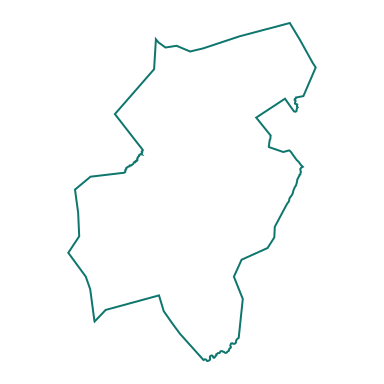 outline of Xotont, Arhangay, Mongolia
{"feature_id": "93677404B64781784389022", "entity_name": "Xotont", "entity_type": "district", "adm_level": 2, "iso_a3": "MNG", "parent_name": "Mongolia", "parent_adm1": "Arhangay", "projection": "mercator", "projection_center": [102.447, 47.245], "detail": "fine", "context": "isolated", "style": "outline", "palette": "teal", "viewbox_px": 384, "rotation_deg": 0, "n_neighbors": 0, "source": "geoboundaries", "source_scale": "gbopen_adm2", "svg_char_len": 4008}
<svg xmlns="http://www.w3.org/2000/svg" viewBox="0 0 384 384"><path d="M203.5,360.0L203.9,359.8L204.2,359.6L204.6,359.4L205.0,359.3L205.4,359.4L205.8,359.5L206.3,359.9L206.8,360.6L207.1,361.0L207.9,360.9L208.7,360.7L209.7,360.0L210.0,359.5L210.1,358.9L209.9,357.8L209.9,356.9L210.1,356.3L210.6,355.9L211.2,355.6L211.9,355.5L212.5,355.8L212.8,356.2L213.0,356.7L213.3,357.3L213.6,357.7L213.9,357.8L214.1,357.8L214.6,357.5L215.0,356.8L215.3,356.3L216.0,355.7L216.4,355.2L216.2,354.7L216.2,354.4L216.3,354.3L216.5,354.2L216.9,354.0L217.6,353.4L217.9,353.1L218.5,353.1L219.0,353.1L219.5,352.9L219.8,352.7L220.0,352.3L220.2,351.7L220.5,351.4L220.8,351.2L221.6,351.1L222.1,351.2L222.5,351.5L223.0,351.7L223.4,351.7L223.6,351.7L224.0,351.9L224.4,352.4L224.8,352.6L225.5,352.9L226.1,352.9L226.8,352.5L227.4,351.5L228.4,351.1L228.8,350.8L229.0,350.3L229.2,349.0L229.4,348.6L229.8,348.4L230.2,348.1L230.7,347.7L230.9,347.2L230.8,346.7L230.4,345.9L230.4,345.3L230.6,344.5L230.9,343.8L231.2,343.5L231.7,343.3L232.2,343.2L232.9,343.7L233.2,343.7L234.0,343.9L234.8,343.6L235.4,343.3L235.9,342.5L236.0,341.4L236.5,339.9L237.3,338.9L238.7,337.9L241.1,315.0L242.8,299.0L233.9,276.7L241.6,259.7L267.6,248.0L274.3,237.4L274.8,226.8L286.9,204.1L287.8,202.8L288.6,201.9L288.9,201.2L289.2,200.4L289.3,199.5L289.4,198.8L289.8,197.9L290.3,197.2L291.0,196.3L291.6,195.4L292.1,194.7L292.5,193.8L292.9,192.8L293.0,192.2L293.2,191.4L293.4,190.5L293.7,189.7L294.1,188.9L294.5,187.9L294.7,187.3L294.8,187.1L295.1,186.7L295.8,185.8L296.0,185.3L296.7,183.2L297.0,181.3L297.2,180.6L297.3,179.7L297.5,179.0L298.0,178.4L298.1,178.0L298.3,177.5L298.7,176.8L299.3,176.0L299.3,175.6L299.3,175.1L299.6,174.9L299.9,174.8L300.2,174.6L300.3,174.2L300.4,173.8L300.5,173.1L300.6,172.5L300.9,172.1L300.9,171.7L300.6,170.8L300.3,169.7L300.3,169.1L300.4,168.7L300.8,168.3L301.1,167.9L301.5,167.6L301.9,167.3L302.8,166.8L301.1,165.2L298.7,161.9L296.6,159.9L292.9,154.8L291.5,152.7L290.4,151.3L289.1,150.4L283.3,152.0L269.0,147.1L268.8,146.8L268.8,146.1L269.0,145.5L269.1,144.6L269.2,143.7L269.2,143.0L269.3,142.7L269.4,142.1L269.6,141.5L269.6,140.6L269.6,140.2L269.8,139.7L270.2,139.4L270.4,138.6L270.4,137.7L270.5,136.3L270.7,135.6L256.2,117.6L285.0,98.7L291.4,107.8L294.0,111.4L295.6,111.7L296.5,111.0L296.7,109.2L297.1,108.0L297.7,107.4L296.9,106.5L297.0,105.6L297.3,104.9L297.2,104.4L295.2,103.8L294.9,103.1L295.6,101.0L295.5,100.6L294.6,99.9L294.8,99.0L295.9,98.3L296.2,97.9L296.1,97.5L303.4,96.1L315.7,67.5L312.6,62.7L300.2,40.3L299.9,39.8L289.8,23.0L239.9,36.2L203.1,48.4L190.1,51.5L176.6,45.8L165.5,47.5L158.7,42.6L155.9,39.3L155.9,39.5L154.1,69.2L114.9,114.1L133.7,138.3L142.7,149.8L142.8,150.1L142.8,150.3L142.5,150.4L142.4,150.6L142.3,151.0L142.1,151.1L141.8,151.3L141.7,151.6L141.8,152.0L142.2,152.3L142.1,152.5L142.0,153.0L141.8,153.1L141.5,153.4L141.5,153.8L141.7,154.1L141.2,153.9L140.9,153.9L140.8,154.0L140.7,154.5L139.8,154.6L139.5,154.8L139.1,155.1L139.0,155.3L139.1,155.6L139.1,156.1L138.8,156.4L138.3,156.8L137.9,157.1L137.6,157.7L137.5,158.0L137.5,158.3L137.6,158.5L137.6,158.8L137.4,158.9L137.1,159.1L137.1,159.4L137.1,159.9L137.3,160.4L137.2,160.5L136.9,160.5L136.7,160.6L136.5,161.0L136.2,160.9L135.9,160.9L135.7,161.2L135.5,161.4L135.5,161.8L135.3,162.1L135.2,162.0L134.9,161.8L134.8,161.7L134.6,161.8L134.4,162.3L134.0,162.4L133.7,162.8L133.6,163.1L133.4,163.3L133.3,163.8L132.8,164.3L132.3,164.6L131.9,164.8L131.6,165.1L131.1,165.5L130.8,165.3L130.5,165.3L129.9,165.3L129.6,165.5L129.5,166.3L129.3,166.3L129.1,166.2L129.0,166.3L128.7,166.5L128.4,166.7L127.8,166.8L127.3,167.2L126.9,167.6L126.7,167.7L126.5,167.8L126.3,167.9L126.2,168.3L126.3,168.6L126.3,169.0L126.2,169.2L126.1,169.4L125.7,169.4L125.6,169.6L125.5,170.0L125.3,170.2L125.4,170.5L125.2,171.1L125.3,171.9L124.7,172.5L123.6,172.8L90.5,176.7L75.0,189.6L78.0,211.6L78.1,211.8L79.2,236.3L68.3,252.8L85.8,276.7L90.2,289.2L94.4,320.8L94.6,321.5L105.7,309.9L159.0,295.4L163.7,311.1L172.0,323.0L179.9,333.7L203.5,360.0Z" fill="none" stroke="#0f766e" stroke-width="2"/></svg>